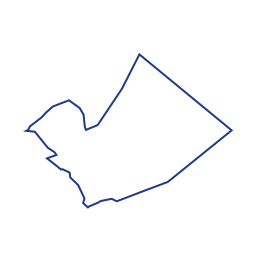 the district of Davis, Utah, United States of America, rotated 159°
{"feature_id": "52423323B15270253892889", "entity_name": "Davis", "entity_type": "district", "adm_level": 2, "iso_a3": "USA", "parent_name": "United States of America", "parent_adm1": "Utah", "projection": "orthographic", "projection_center": [-111.927, 40.961], "detail": "fine", "context": "isolated", "style": "outline", "palette": "blue", "viewbox_px": 256, "rotation_deg": 159, "n_neighbors": 0, "source": "geoboundaries", "source_scale": "gbopen_adm2", "svg_char_len": 650}
<svg xmlns="http://www.w3.org/2000/svg" viewBox="0 0 256 256"><g transform="rotate(159 128 128)"><path d="M193.9,68.2L192.6,68.7L182.4,69.1L179.7,69.6L168.5,67.7L164.8,63.6L152.1,63.6L151.1,63.6L137.7,63.6L110.1,63.4L42.8,85.2L32.1,88.7L91.0,192.6L119.6,166.8L155.3,141.6L167.9,141.3L167.9,144.4L164.7,156.5L166.0,164.0L173.2,175.0L178.7,175.0L190.2,175.0L198.5,172.0L205.1,168.8L218.8,164.7L222.0,162.0L223.9,161.8L216.3,157.9L210.0,138.4L205.2,131.6L204.5,128.5L214.5,128.7L207.8,117.5L205.5,113.3L204.0,113.1L198.5,107.3L199.6,102.5L195.0,92.6L194.0,79.6L194.0,77.7L196.8,74.0L193.9,68.2Z" fill="none" stroke="#1e3a8a" stroke-width="2"/></g></svg>